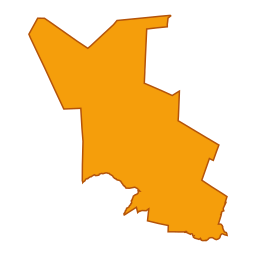 outline of San Juan de Sabinas, Coahuila, Mexico
{"feature_id": "50627088B66195361398022", "entity_name": "San Juan de Sabinas", "entity_type": "district", "adm_level": 2, "iso_a3": "MEX", "parent_name": "Mexico", "parent_adm1": "Coahuila", "projection": "equal_earth", "projection_center": [-101.349, 28.059], "detail": "fine", "context": "isolated", "style": "filled", "palette": "amber", "viewbox_px": 256, "rotation_deg": 0, "n_neighbors": 0, "source": "geoboundaries", "source_scale": "gbopen_adm2", "svg_char_len": 5154}
<svg xmlns="http://www.w3.org/2000/svg" viewBox="0 0 256 256"><path d="M167.3,26.8L167.3,24.1L167.6,22.0L168.0,18.1L170.7,15.9L170.5,15.5L170.1,15.4L159.7,16.3L148.9,17.4L117.0,20.5L113.5,24.7L104.1,33.4L90.7,45.9L87.8,48.3L77.4,41.4L49.6,21.8L44.5,18.3L37.7,18.2L28.9,34.2L30.3,37.6L39.3,56.6L44.9,68.3L49.2,77.6L54.8,89.8L63.8,109.0L80.8,108.3L82.0,128.6L83.0,141.4L82.5,161.4L82.4,164.8L82.3,180.6L82.8,182.3L82.8,182.5L82.9,182.4L83.0,182.3L83.0,182.2L83.3,182.0L83.3,181.9L84.4,181.2L84.8,180.9L84.9,180.6L85.1,180.4L85.2,180.1L85.3,179.9L85.5,179.7L85.7,179.4L85.9,179.2L86.0,179.1L86.3,178.9L86.6,178.8L86.9,178.7L87.0,178.8L87.3,178.8L87.5,178.8L87.8,178.7L88.0,178.5L88.1,178.4L88.1,178.2L88.9,177.6L89.0,177.6L89.3,177.5L89.6,177.3L89.7,177.2L89.8,177.1L90.0,176.9L90.4,176.8L90.5,176.8L90.8,176.8L90.9,176.7L91.0,176.7L91.3,176.7L91.9,176.2L92.2,176.0L92.7,175.7L93.7,175.1L94.3,174.9L94.7,174.8L94.9,175.0L95.1,175.4L95.4,175.6L97.0,175.5L97.5,175.4L98.5,175.2L99.1,174.9L99.3,174.2L99.6,174.1L100.7,173.7L101.3,173.5L101.9,173.4L102.3,173.5L102.6,173.7L103.0,173.7L103.3,173.6L104.3,173.3L104.6,173.2L104.9,173.1L105.1,173.1L105.3,173.0L105.5,173.0L105.8,172.9L106.1,172.9L106.4,172.9L106.8,172.9L107.0,173.0L107.3,173.0L107.6,173.1L107.8,173.2L107.9,173.3L108.0,173.3L108.4,173.4L108.6,173.4L109.1,173.5L109.4,173.5L109.5,173.6L110.0,174.4L110.1,174.5L110.3,174.5L110.5,174.6L110.8,174.7L110.9,174.8L111.2,174.9L111.4,175.1L111.7,175.3L111.9,175.4L112.6,175.9L112.8,176.2L112.9,176.4L113.0,176.5L113.1,176.8L113.3,177.1L113.5,177.3L113.8,177.5L114.3,178.1L114.5,178.3L114.9,178.5L115.0,178.5L115.8,178.6L116.0,178.7L116.1,178.8L116.1,179.3L116.3,179.5L116.6,179.6L116.8,179.7L117.0,179.8L117.3,179.9L117.6,179.9L117.7,180.0L117.9,180.1L118.1,180.1L118.3,180.1L118.6,180.2L118.8,180.2L119.0,180.3L119.9,180.7L120.9,181.4L121.2,182.1L121.4,182.5L122.0,183.2L122.1,183.5L122.5,183.8L123.1,184.9L123.2,185.0L123.3,185.2L123.5,185.3L123.6,185.5L123.9,185.7L124.4,185.9L124.4,186.3L125.0,186.6L126.0,188.1L129.6,188.2L134.8,187.2L137.2,188.4L139.8,191.1L138.1,191.0L138.3,191.5L138.4,191.8L138.2,192.5L137.9,193.4L137.6,193.7L137.2,194.0L136.9,194.0L136.3,194.5L135.7,194.7L135.3,194.7L134.5,195.4L133.7,195.9L133.3,196.2L133.0,197.6L132.5,198.3L132.4,199.0L132.3,199.7L131.8,200.3L131.7,200.2L131.3,200.8L131.5,201.7L131.6,202.5L131.4,203.3L131.4,203.5L131.1,203.7L130.8,203.8L130.7,204.2L130.6,204.3L130.4,205.0L129.5,205.6L129.0,206.9L127.4,208.0L126.7,208.2L126.7,208.5L126.2,209.3L126.1,210.1L125.9,210.5L125.4,210.8L125.2,211.3L125.2,212.0L124.8,212.5L124.6,212.8L124.3,213.2L124.0,213.5L124.0,213.8L124.0,214.1L124.1,214.7L124.2,215.0L124.3,215.0L127.0,213.3L127.2,213.1L136.4,207.3L137.7,212.6L138.4,211.9L138.4,212.0L138.6,211.9L139.5,211.2L139.9,211.3L140.9,210.8L142.3,210.5L143.6,210.6L146.2,210.7L148.1,209.3L148.4,208.9L148.8,208.7L147.5,220.8L158.6,223.5L168.3,225.5L168.1,231.8L170.8,231.8L171.9,231.8L173.9,231.8L174.1,231.8L178.2,231.9L178.6,231.9L180.7,231.9L182.0,231.9L183.7,231.9L184.8,231.9L184.8,232.3L185.3,232.3L185.3,231.9L185.3,231.6L186.1,231.4L186.6,231.6L186.8,232.6L189.8,234.0L190.5,234.3L190.8,233.8L192.1,233.8L192.5,234.3L192.6,235.2L193.1,236.1L193.9,235.9L193.4,236.9L193.4,237.2L195.1,238.3L195.4,238.3L198.5,239.2L199.0,239.4L200.2,238.5L200.7,239.5L200.8,239.6L200.9,239.2L201.1,239.6L201.7,240.3L202.2,240.5L202.8,240.6L203.8,240.6L204.9,240.5L205.6,240.3L205.9,240.4L205.9,240.6L206.2,240.6L206.4,240.4L206.8,240.2L208.0,239.4L208.8,238.4L209.1,238.2L210.1,237.7L210.5,237.7L212.3,237.6L213.5,238.2L213.6,238.3L213.9,238.5L214.1,238.6L214.3,238.8L214.8,239.0L215.2,239.2L215.5,239.3L215.9,239.5L216.2,239.5L216.4,239.6L216.8,239.5L217.5,239.2L217.9,239.1L218.1,239.0L218.3,238.9L219.4,238.1L219.5,238.0L219.6,237.9L219.7,237.7L219.8,237.5L219.9,237.3L220.0,237.2L220.2,236.7L220.2,236.1L220.4,235.8L220.6,235.2L221.3,234.3L221.8,234.0L222.2,233.8L222.6,233.8L223.0,234.0L223.6,234.3L224.7,234.8L226.7,235.3L227.1,235.4L226.9,234.6L226.9,233.9L226.6,233.4L226.4,232.7L226.0,232.4L225.7,232.3L225.2,232.2L224.9,232.1L224.6,232.0L224.3,231.7L224.1,231.2L223.9,230.8L223.8,230.6L223.7,230.3L223.6,230.1L223.5,229.9L223.4,229.8L223.3,229.7L223.2,229.5L223.2,229.3L223.2,229.2L222.7,228.0L222.6,227.7L222.7,227.4L222.7,227.2L222.8,227.1L222.8,226.9L222.7,226.7L222.5,226.4L222.4,226.2L222.3,225.9L222.3,225.7L222.0,225.4L221.4,224.6L221.2,224.4L220.9,224.2L220.7,224.2L220.4,224.1L220.0,224.1L218.4,224.1L221.1,215.3L221.1,215.2L221.0,214.9L220.8,214.5L221.1,214.3L221.3,214.2L221.3,213.8L221.4,212.9L221.6,212.8L221.5,212.6L221.9,211.6L222.0,211.5L223.8,210.8L223.4,209.6L223.2,209.0L223.2,208.8L223.5,207.7L225.1,204.3L224.9,204.4L224.8,204.2L225.8,202.5L225.2,202.5L226.1,199.4L227.0,196.6L221.8,193.2L211.5,186.7L208.7,184.8L205.8,182.9L201.8,180.2L209.4,158.5L211.3,159.5L213.3,160.4L216.5,151.4L218.9,145.0L217.3,144.1L205.3,137.0L195.6,131.2L178.1,120.7L178.4,116.6L179.3,94.2L179.4,91.1L179.0,91.3L172.2,95.5L161.0,90.4L160.6,90.2L160.0,90.0L144.3,83.2L144.8,72.0L144.8,70.3L145.0,66.9L145.4,57.1L146.2,40.0L146.7,29.0L157.0,27.8L167.3,26.8Z" fill="#f59e0b" stroke="#b45309" stroke-width="1.5"/></svg>